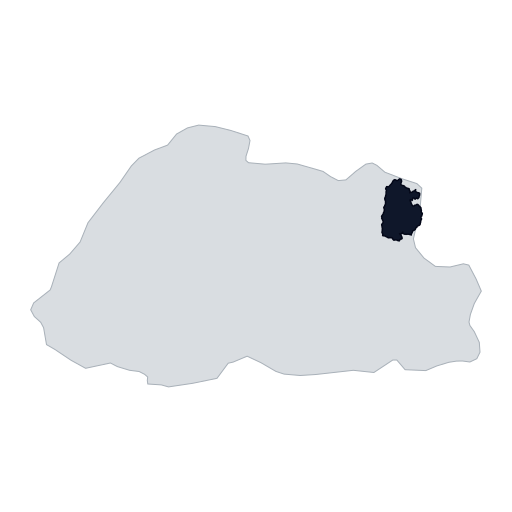 Bumdeling, Tashi Yangtse, Bhutan (highlighted)
{"feature_id": "84629894B8904358941352", "entity_name": "Bumdeling", "entity_type": "district", "adm_level": 2, "iso_a3": "BTN", "parent_name": "Bhutan", "parent_adm1": "Tashi Yangtse", "projection": "natural_earth1", "projection_center": [91.504, 27.79], "detail": "fine", "context": "in_parent", "style": "filled", "palette": "ink", "viewbox_px": 512, "rotation_deg": 0, "n_neighbors": 0, "source": "geoboundaries", "source_scale": "gbopen_adm2", "svg_char_len": 7007}
<svg xmlns="http://www.w3.org/2000/svg" viewBox="0 0 512 512"><path d="M420.5,214.8L419.6,218.4L415.8,228.3L413.4,238.9L415.5,247.7L424.0,258.1L435.4,266.4L450.0,267.0L463.4,263.8L468.8,265.1L476.1,279.0L481.3,291.1L474.3,303.5L470.4,314.4L469.0,322.1L469.9,325.5L474.3,331.7L479.3,342.4L480.0,352.2L476.8,358.7L469.9,362.0L462.5,361.0L456.5,361.1L448.8,362.3L436.9,365.9L425.8,370.6L405.1,369.7L396.8,360.0L392.8,360.0L373.9,372.5L353.3,370.3L315.8,374.5L300.2,375.5L284.1,374.1L275.9,371.4L260.8,362.6L247.1,356.2L233.1,362.1L228.2,363.2L217.0,378.3L192.7,383.3L168.5,386.9L161.4,384.9L147.8,384.0L147.3,380.5L147.7,377.0L144.6,374.3L139.1,371.5L129.6,370.3L117.4,366.6L110.4,363.0L85.6,368.3L71.1,360.3L54.8,349.4L46.5,344.6L43.6,327.7L40.7,322.3L34.3,316.5L30.7,309.8L33.7,302.9L50.1,290.0L51.4,287.0L59.1,262.9L69.7,254.1L80.1,242.0L88.0,222.7L103.2,202.9L119.9,182.5L131.3,166.0L138.9,158.2L154.5,150.0L167.6,145.1L176.6,134.0L187.5,127.9L198.7,125.1L215.3,126.6L230.9,130.5L248.0,136.0L250.0,140.5L248.5,148.4L246.0,156.3L245.9,160.4L248.5,162.7L265.3,164.2L285.8,162.9L297.3,164.0L323.0,171.4L330.5,176.6L338.3,180.6L345.9,179.9L355.7,171.4L365.9,164.1L372.2,163.0L376.8,165.3L384.9,172.2L401.8,178.7L416.9,183.6L421.8,188.2L420.1,208.1L420.5,214.8Z" fill="#d9dde1" stroke="#a8b0b8" stroke-width="1"/><path d="M399.6,178.9L398.5,179.7L397.9,180.4L397.6,180.5L397.4,180.6L397.1,180.6L396.7,180.5L396.3,180.3L395.8,180.0L395.3,179.8L394.7,179.7L394.0,180.0L393.0,181.0L392.2,182.7L391.5,183.7L391.1,184.2L390.7,184.6L390.3,185.0L389.6,185.8L389.2,186.3L388.9,186.6L388.4,186.8L388.2,186.9L387.9,186.8L387.7,186.7L386.6,186.7L386.5,187.0L386.4,187.2L386.3,187.5L386.1,187.7L385.9,188.0L385.8,188.3L385.7,188.6L385.7,188.9L385.8,189.2L386.1,189.4L386.3,189.7L386.4,190.0L386.4,190.3L386.4,190.6L386.2,191.3L386.1,191.8L386.1,193.5L386.1,194.3L386.0,194.6L385.8,195.1L385.6,196.0L385.5,196.5L385.5,196.8L385.4,197.0L385.1,197.5L384.9,197.9L384.8,198.2L384.8,198.5L384.8,198.8L384.9,199.1L384.9,199.4L384.9,199.7L385.0,199.9L385.1,200.2L385.4,200.9L385.6,201.5L385.6,201.8L385.5,202.8L385.5,203.4L385.6,203.7L385.6,204.0L385.3,204.4L385.2,204.6L385.2,204.9L384.8,205.4L384.7,205.7L384.7,206.0L384.6,206.3L383.9,207.1L383.8,207.6L383.8,207.9L384.1,208.4L384.4,209.3L384.4,209.6L384.2,210.1L384.3,210.5L384.3,210.8L384.3,211.0L384.2,211.3L384.2,211.5L384.0,211.9L383.6,212.4L383.5,212.8L383.4,213.4L383.2,213.9L383.1,214.2L382.9,214.4L382.1,215.5L381.9,215.7L381.9,215.9L381.6,216.4L381.8,216.9L381.9,217.5L381.7,218.3L382.1,218.9L382.4,219.7L382.7,220.3L383.0,220.9L383.2,221.6L383.0,222.7L382.6,223.4L381.8,224.3L381.7,224.8L381.8,225.5L382.0,225.9L382.0,226.6L382.2,227.5L382.2,228.0L382.5,228.7L382.5,229.1L382.3,229.5L382.2,229.9L382.3,230.7L382.0,232.0L382.0,232.5L382.5,233.4L382.8,234.2L382.8,234.6L382.7,235.3L382.7,235.5L382.9,235.7L383.4,235.7L383.7,235.8L384.5,235.9L385.0,236.0L385.3,236.1L385.7,236.3L385.9,236.5L386.4,236.8L386.7,236.9L387.2,237.1L387.7,237.4L388.0,237.6L388.2,237.8L388.5,237.8L388.8,237.8L389.1,237.7L389.4,237.7L389.9,237.7L390.6,237.7L391.2,237.6L391.4,237.6L391.7,237.8L392.0,237.8L392.3,237.9L392.4,238.2L392.4,238.5L393.2,239.6L393.8,240.1L394.0,240.2L394.3,240.1L394.5,240.0L395.2,239.9L395.7,239.9L396.1,239.9L396.9,240.0L397.3,240.4L397.5,240.5L398.0,240.5L398.6,240.4L398.8,240.4L399.0,240.7L399.1,240.9L399.3,240.8L399.6,240.3L399.9,239.6L400.2,239.3L400.5,239.2L400.8,239.1L401.1,238.9L401.3,238.9L401.5,239.0L402.0,238.6L402.1,238.3L401.9,238.1L401.8,237.9L402.0,237.6L402.0,237.3L401.8,236.8L401.4,236.4L401.3,236.1L401.3,235.8L401.1,235.6L401.1,235.3L400.6,235.0L400.3,234.5L400.2,234.3L400.0,234.2L399.8,234.0L399.7,233.8L399.9,233.7L400.6,233.8L401.1,233.8L401.4,233.7L401.7,233.6L401.9,233.3L402.0,233.1L402.1,232.9L402.5,232.6L402.7,232.4L402.8,232.9L402.9,233.2L403.2,233.6L403.4,233.7L403.7,233.8L404.3,234.1L404.5,234.1L404.8,234.2L405.3,234.1L405.6,234.2L405.9,234.3L406.3,234.3L406.6,234.2L406.9,234.2L407.2,234.2L408.5,234.2L409.2,234.3L409.5,234.4L409.9,234.6L410.9,234.8L411.2,234.9L411.3,234.4L411.4,234.0L411.5,233.8L411.6,233.6L411.7,233.2L412.1,232.7L412.2,232.4L412.3,232.1L412.5,231.5L412.6,230.9L412.8,230.7L413.0,230.7L413.7,230.5L413.9,230.3L414.2,230.2L414.5,229.9L415.1,229.4L415.3,229.2L415.6,228.6L415.7,228.0L415.9,227.7L416.3,227.4L416.5,227.3L416.9,227.1L416.9,226.9L417.1,226.3L417.7,225.9L417.9,225.8L418.3,225.7L418.6,225.6L419.4,225.2L419.9,224.7L420.0,224.6L420.2,223.9L420.2,223.6L420.3,223.0L420.5,222.7L420.6,222.1L420.6,221.3L420.8,221.0L420.8,220.8L421.0,220.1L421.1,219.9L421.3,219.6L421.4,219.4L421.5,219.1L421.5,218.8L421.5,218.7L421.4,218.5L421.3,218.3L421.0,217.8L420.8,217.2L420.9,216.9L421.1,216.5L421.2,216.3L421.4,216.2L421.6,216.1L421.8,215.9L421.8,215.5L421.9,215.2L422.1,214.6L422.2,214.2L422.3,213.5L422.3,213.3L422.3,213.2L422.1,213.0L421.8,212.9L421.5,212.6L421.3,212.2L421.2,211.7L421.3,211.4L421.3,211.0L421.4,210.7L421.2,210.1L421.2,209.6L421.1,209.3L421.1,209.2L421.0,208.7L420.9,208.3L421.0,208.0L420.8,207.7L420.6,207.4L420.3,207.2L419.8,206.4L419.6,206.3L419.5,206.2L418.7,205.7L418.6,205.3L418.4,205.0L417.6,204.4L417.4,204.4L417.2,204.4L416.6,204.5L416.3,204.7L416.0,205.0L415.6,205.2L415.5,205.3L415.2,205.3L414.5,205.3L414.1,205.9L413.8,206.1L413.4,206.1L413.1,206.1L412.8,205.9L412.3,205.4L412.0,204.9L411.4,203.7L411.2,203.5L411.1,203.2L411.0,202.6L410.9,202.1L410.8,201.8L410.7,201.7L410.5,201.4L410.4,201.3L410.2,200.9L410.2,200.4L410.1,200.1L410.4,199.7L410.7,199.7L410.9,199.6L411.4,199.8L411.6,200.0L411.9,200.3L412.1,200.4L412.3,200.2L412.5,199.8L412.5,199.5L412.6,199.3L412.6,199.0L412.8,198.4L413.0,198.0L413.4,198.0L413.8,198.0L414.4,198.4L414.6,198.6L414.8,199.0L415.0,199.1L415.3,199.1L415.7,198.7L415.9,198.5L416.2,198.1L416.4,198.0L416.6,198.0L416.8,198.2L417.3,198.4L417.6,198.7L417.8,198.7L418.0,198.5L418.2,198.2L418.6,197.9L418.8,197.6L419.0,197.3L419.0,196.9L419.0,196.5L419.2,196.2L419.5,195.4L419.6,195.1L419.7,193.7L419.6,193.3L419.3,193.1L418.9,192.9L418.5,192.7L417.8,192.8L417.7,192.7L417.3,192.5L417.0,192.4L416.1,191.9L415.5,191.2L415.5,190.8L415.6,190.3L415.6,189.7L415.4,189.7L415.3,189.9L415.0,190.4L414.8,190.6L414.6,190.8L414.4,190.9L414.1,191.0L413.3,191.2L412.9,191.4L412.8,191.5L412.6,192.0L412.3,192.2L412.0,192.3L411.7,192.4L411.1,192.2L410.8,192.2L410.4,192.3L409.9,192.5L409.9,192.4L410.0,191.9L410.0,191.4L409.8,190.8L409.7,190.6L409.4,190.2L409.3,189.9L409.2,189.4L409.2,189.0L409.0,188.7L408.7,188.6L408.4,188.5L408.0,188.4L407.5,188.3L407.4,188.2L407.1,188.2L406.8,188.2L406.7,188.2L406.4,188.0L405.9,187.5L405.5,187.4L405.0,187.1L404.9,186.9L404.7,186.5L404.6,186.4L404.4,186.2L404.2,186.0L403.2,185.6L402.9,185.5L402.4,185.6L402.2,185.5L402.0,185.4L401.8,185.2L401.6,185.1L401.1,184.8L400.9,184.6L400.8,184.4L400.8,183.9L400.9,183.4L401.0,183.1L401.1,182.8L401.5,181.6L401.6,181.4L401.6,181.1L401.6,180.9L401.4,180.6L401.3,180.0L401.3,179.8L400.9,179.3L400.1,179.0L399.9,179.0L399.6,178.9Z" fill="#0f172a" stroke="#020617" stroke-width="1.5"/></svg>